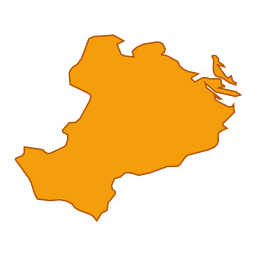 an SVG outline of Uppsala
{"feature_id": "SWE-195", "entity_name": "Uppsala", "entity_type": "County", "adm_level": 1, "iso_a3": "SWE", "parent_name": "Sweden", "parent_adm1": "", "projection": "equal_earth", "projection_center": [17.867, 60.017], "detail": "medium", "context": "isolated", "style": "filled", "palette": "amber", "viewbox_px": 256, "rotation_deg": 0, "n_neighbors": 0, "source": "natural_earth", "source_scale": "10m", "svg_char_len": 1807}
<svg xmlns="http://www.w3.org/2000/svg" viewBox="0 0 256 256"><path d="M89.0,38.7L93.6,36.6L113.5,35.2L123.8,40.9L117.0,44.4L121.2,54.4L125.2,56.1L133.9,56.9L132.2,51.6L136.5,47.5L143.1,44.3L155.8,42.1L159.5,42.2L162.7,43.9L165.2,49.0L164.3,52.2L161.8,53.9L161.8,54.9L165.0,55.1L168.1,56.3L178.0,61.8L179.6,65.9L183.5,69.3L187.9,71.4L198.2,73.8L191.4,77.8L191.4,78.9L194.9,81.9L202.4,77.8L206.1,77.7L210.1,78.9L218.7,78.7L221.1,79.8L221.2,83.9L224.5,85.9L224.5,86.9L220.0,87.0L218.6,87.9L235.8,91.8L240.6,94.9L235.6,96.4L215.4,91.8L205.0,82.8L206.7,87.9L221.2,98.9L219.1,99.0L214.4,95.8L215.3,99.3L217.8,101.4L228.5,107.0L232.1,106.5L233.7,104.3L233.7,108.7L234.5,112.0L223.0,123.5L222.8,124.9L223.7,126.0L227.1,128.3L221.8,130.5L218.8,132.8L218.1,135.1L218.2,141.3L217.0,144.4L214.3,147.2L208.5,149.7L188.0,155.1L185.0,157.4L179.7,164.9L177.1,166.3L167.1,166.5L149.9,172.8L138.8,175.3L130.7,172.8L125.3,172.7L120.4,176.9L114.6,178.6L111.5,185.6L112.4,189.1L115.4,191.9L115.0,194.4L108.1,202.7L107.3,209.4L106.4,210.7L101.6,213.2L96.7,220.8L93.3,216.4L90.5,214.5L78.6,210.0L74.8,207.6L71.9,203.7L66.4,201.1L59.9,199.7L50.3,200.6L37.3,199.0L34.9,194.4L31.2,182.8L29.2,178.7L15.4,159.6L15.8,158.3L21.7,155.9L23.5,154.3L24.3,152.5L24.3,146.9L42.7,149.7L45.2,152.3L48.0,153.6L50.4,153.2L64.2,146.8L66.0,144.9L67.9,138.8L67.7,134.6L63.1,132.4L62.5,130.3L69.3,122.7L75.6,122.4L80.1,118.5L89.9,100.3L90.9,96.9L90.3,94.6L87.9,93.0L70.2,84.5L69.2,73.5L70.0,70.7L72.8,67.1L77.1,64.5L81.4,58.7L89.0,38.7ZM233.8,81.9L236.0,82.7L235.9,84.8L229.4,82.8L222.5,78.0L215.5,75.7L213.9,72.6L213.3,68.6L213.7,59.7L212.1,56.6L212.5,55.5L215.9,55.8L218.5,58.8L218.5,61.8L223.3,65.0L224.4,66.8L217.6,64.9L225.7,76.2L226.9,77.6L228.6,77.7L231.3,75.9L232.1,79.4L233.8,81.9Z" fill="#f59e0b" stroke="#b45309" stroke-width="1.5"/></svg>